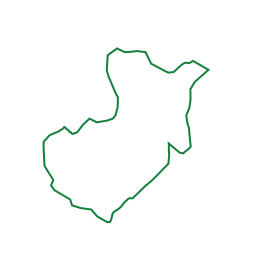 outline of Tosoncengel, Dzavhan, Mongolia, rotated 218°
{"feature_id": "93677404B60721538910841", "entity_name": "Tosoncengel", "entity_type": "district", "adm_level": 2, "iso_a3": "MNG", "parent_name": "Mongolia", "parent_adm1": "Dzavhan", "projection": "equal_earth", "projection_center": [98.252, 48.497], "detail": "fine", "context": "isolated", "style": "outline", "palette": "green", "viewbox_px": 256, "rotation_deg": 218, "n_neighbors": 0, "source": "geoboundaries", "source_scale": "gbopen_adm2", "svg_char_len": 4457}
<svg xmlns="http://www.w3.org/2000/svg" viewBox="0 0 256 256"><g transform="rotate(218 128 128)"><path d="M188.8,172.8L180.2,160.3L175.1,156.7L159.2,147.8L154.9,146.0L151.5,141.5L151.3,141.2L149.0,138.1L146.4,132.0L146.2,131.5L146.1,131.3L145.9,130.7L145.7,130.4L145.7,129.0L145.7,128.1L145.7,127.9L145.7,127.6L145.7,127.4L145.7,126.4L145.7,126.2L145.8,126.0L145.9,125.8L146.1,125.5L146.3,125.2L146.5,124.9L146.6,124.7L146.8,124.4L147.6,123.2L148.4,122.0L148.4,121.9L149.0,121.0L151.0,118.8L151.1,118.7L151.3,118.5L151.4,118.3L153.0,116.7L153.2,116.4L153.3,116.3L155.5,113.9L155.7,113.7L156.1,113.3L156.3,113.2L156.7,113.2L157.3,113.0L157.6,113.0L158.8,112.8L158.9,112.7L159.5,112.6L159.8,112.6L160.0,112.5L163.1,111.9L163.3,111.9L164.1,111.7L164.1,111.4L165.5,103.2L165.4,95.2L165.4,93.3L165.4,93.2L165.8,92.5L166.2,92.0L166.2,91.9L166.7,91.2L166.8,91.1L167.0,90.8L167.4,90.2L167.5,90.1L167.8,89.6L168.0,89.3L168.1,89.2L168.3,89.1L168.6,89.0L168.8,89.0L169.0,89.0L169.4,89.0L169.5,89.1L169.9,89.2L170.1,89.3L170.3,89.4L170.4,89.5L170.5,89.5L170.8,89.4L170.9,89.2L171.0,89.1L171.3,89.0L171.5,89.0L171.8,89.0L172.0,89.0L172.3,89.0L172.6,89.1L172.8,89.3L173.0,89.3L173.4,89.4L173.7,89.6L174.1,89.7L174.3,89.7L174.5,89.7L174.8,89.6L175.2,89.3L175.5,89.3L175.9,89.4L176.2,89.4L176.4,89.4L176.6,89.5L177.1,89.7L177.6,89.8L177.9,89.8L178.1,89.8L178.4,89.8L178.6,89.7L178.9,89.6L178.9,89.4L178.9,89.0L178.8,88.8L178.8,88.7L178.7,88.1L178.7,87.9L178.9,87.4L179.0,87.2L179.2,86.7L179.3,86.4L179.4,86.1L179.4,85.9L179.5,85.6L179.7,85.1L179.8,85.0L179.8,84.8L179.9,84.7L180.0,84.4L180.1,84.1L180.3,83.5L180.3,83.3L180.7,82.4L180.8,82.2L182.8,78.6L182.9,78.4L183.0,78.2L183.1,77.9L183.4,77.5L183.8,76.7L184.2,76.1L184.8,75.0L184.8,74.9L185.1,74.5L185.3,74.0L185.3,73.8L185.5,72.2L185.6,70.6L185.6,69.9L185.6,69.7L185.7,68.6L185.8,67.6L185.8,67.4L185.9,66.8L185.9,66.7L185.9,66.4L186.0,65.4L185.9,65.3L185.7,65.0L185.4,64.5L184.4,63.2L184.2,62.9L183.3,61.7L183.2,61.5L183.0,61.2L180.7,58.6L180.5,58.4L180.2,58.0L180.1,57.8L179.4,57.1L179.3,56.9L178.3,55.8L178.2,55.7L170.4,46.7L154.8,41.0L153.3,35.5L153.3,35.4L147.8,33.7L139.9,34.7L129.6,36.1L124.5,32.6L116.1,35.7L106.9,41.1L97.8,39.4L86.7,41.0L86.3,41.2L86.3,41.3L85.9,41.5L85.7,41.7L85.3,42.1L85.2,42.2L85.0,42.3L84.7,42.6L84.4,42.8L84.3,43.0L84.3,43.3L84.4,43.5L84.5,44.1L84.6,44.6L84.9,45.5L85.4,46.7L85.5,46.7L86.1,48.4L86.4,48.9L86.6,49.3L86.8,49.7L87.2,50.7L87.3,50.9L87.4,51.0L87.5,51.3L87.5,51.5L87.4,51.6L87.4,51.9L87.4,52.1L87.4,52.5L87.5,52.6L87.4,52.9L86.6,55.7L86.2,56.6L86.1,57.0L85.9,57.6L85.8,57.8L85.7,58.4L85.6,58.6L85.6,58.8L85.1,61.0L85.1,61.6L85.0,62.2L85.0,63.2L85.0,63.7L85.1,64.1L85.1,64.5L85.1,65.4L85.1,65.5L85.2,66.2L85.2,66.5L85.1,66.8L84.6,69.8L84.2,72.1L83.7,73.4L83.7,73.5L82.6,74.3L81.9,74.9L81.7,75.0L81.1,75.4L81.1,75.6L80.7,78.5L80.3,80.9L80.3,81.0L80.3,81.3L80.0,83.1L79.9,83.8L79.8,84.4L79.8,84.9L79.7,85.6L79.6,85.8L79.6,86.3L79.2,88.6L78.8,92.0L78.5,93.8L78.4,94.0L77.5,98.3L77.2,99.5L76.9,101.3L76.4,105.2L76.3,105.6L76.2,106.8L75.9,108.9L75.9,109.3L75.8,109.5L75.7,111.1L75.6,111.5L75.6,112.0L75.4,113.6L75.4,113.8L75.3,114.5L75.3,114.8L75.3,115.0L75.1,116.4L75.1,116.6L75.0,117.4L75.0,117.5L74.7,119.9L74.7,120.4L74.6,120.7L74.6,120.9L74.6,121.1L74.6,121.3L74.5,121.9L74.5,122.0L74.3,123.5L74.2,124.7L74.3,124.8L75.8,127.3L76.0,127.5L78.9,132.1L81.3,134.7L81.5,134.9L81.7,135.2L82.4,136.0L82.5,136.2L82.9,136.6L83.0,136.8L84.0,138.1L84.6,138.8L85.2,139.5L85.3,139.7L85.4,139.8L85.5,140.0L86.0,140.6L86.3,140.9L86.1,140.9L84.8,140.9L84.4,140.8L80.2,140.7L78.2,140.6L77.8,140.6L77.4,140.6L77.2,140.6L76.8,140.5L76.5,140.5L74.7,140.5L73.9,140.4L73.7,140.4L73.4,140.4L73.2,140.4L72.4,140.4L72.2,140.4L71.0,140.9L70.4,141.2L70.3,141.3L70.2,141.3L69.0,141.9L69.0,142.1L68.9,142.6L68.8,142.8L68.8,143.1L68.7,143.3L68.6,143.5L68.3,145.2L68.2,145.3L67.8,147.1L67.2,149.7L67.2,150.4L67.2,152.1L67.6,152.5L68.3,153.2L69.2,154.1L80.4,165.9L83.0,167.4L89.8,173.7L92.0,181.6L96.0,188.6L102.8,197.1L102.9,199.1L103.8,205.1L100.4,223.4L118.1,220.9L118.8,218.8L119.9,216.6L122.2,215.3L123.4,214.4L124.6,211.1L125.3,207.4L126.5,200.1L130.4,196.4L134.5,195.6L135.5,195.4L135.9,195.3L136.6,195.2L145.4,193.6L149.3,192.9L155.2,195.8L155.3,195.8L157.8,197.1L160.9,198.6L168.0,194.3L168.2,194.2L168.4,194.1L171.1,191.3L172.3,190.1L174.1,188.5L177.2,185.8L181.2,184.9L181.3,184.9L183.3,184.4L185.6,184.0L187.1,178.8L188.8,172.8L188.8,172.8Z" fill="none" stroke="#15803d" stroke-width="2"/></g></svg>